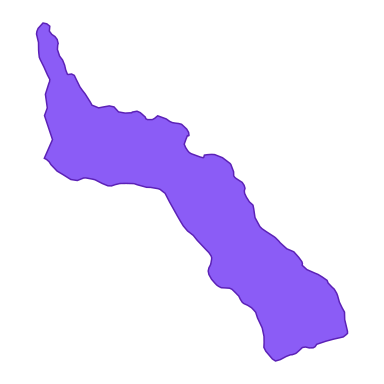 outline of Agion Oros, Ayion Oros, Greece
{"feature_id": "26713481B40019078264500", "entity_name": "Agion Oros", "entity_type": "district", "adm_level": 2, "iso_a3": "GRC", "parent_name": "Greece", "parent_adm1": "Ayion Oros", "projection": "albers", "projection_center": [24.188, 40.281], "detail": "fine", "context": "isolated", "style": "filled", "palette": "violet", "viewbox_px": 384, "rotation_deg": 0, "n_neighbors": 0, "source": "geoboundaries", "source_scale": "gbopen_adm2", "svg_char_len": 2887}
<svg xmlns="http://www.w3.org/2000/svg" viewBox="0 0 384 384"><path d="M44.3,158.3L46.6,159.5L49.1,161.7L51.0,164.7L57.1,171.1L63.0,174.6L67.6,177.5L70.8,179.5L77.3,180.5L80.6,179.2L83.6,178.0L85.8,177.9L92.8,179.2L95.1,179.8L102.3,183.5L107.9,185.8L111.5,185.9L115.3,184.6L119.9,183.5L126.4,183.4L133.5,183.6L134.7,183.8L137.1,184.7L146.6,187.3L150.6,187.4L158.2,188.7L160.1,189.4L162.5,191.3L165.1,193.3L169.6,202.0L171.9,206.1L177.2,215.6L180.9,222.0L183.3,225.9L187.5,230.9L193.3,235.4L197.2,240.3L200.6,243.9L205.5,249.1L208.9,252.6L211.1,255.9L211.7,257.8L211.6,259.3L211.0,262.9L210.5,264.8L208.9,267.9L208.2,271.0L208.9,274.5L210.4,277.2L211.5,279.2L214.7,282.9L216.7,285.0L218.5,286.3L221.2,287.7L225.0,287.9L229.6,288.2L232.0,289.3L236.0,293.2L237.5,294.8L238.7,295.9L240.4,299.4L242.2,302.2L243.6,303.4L244.8,304.0L247.5,305.2L251.5,307.7L253.8,310.1L255.7,312.3L257.5,317.9L262.2,327.9L264.0,336.4L264.1,342.5L263.9,347.4L265.8,351.2L272.4,359.0L275.5,361.0L280.3,359.6L286.1,356.5L290.4,354.8L292.2,354.7L295.1,353.7L296.3,353.1L299.1,350.6L302.4,347.5L305.5,347.0L309.2,347.9L313.2,347.8L315.1,346.7L316.7,344.3L325.9,341.2L333.7,339.1L342.1,337.2L343.3,336.9L346.0,334.8L347.5,333.4L347.5,331.4L346.3,326.3L344.7,319.6L344.5,312.1L342.1,307.8L339.4,302.2L337.6,295.7L336.7,293.3L334.2,289.1L332.0,287.1L328.1,283.0L327.1,280.4L322.4,277.1L318.0,274.4L314.8,273.1L306.9,269.6L302.2,265.3L302.4,263.5L301.9,261.7L298.7,257.3L293.8,251.8L291.3,250.7L286.8,248.8L283.7,246.0L280.0,242.6L278.9,241.2L275.4,237.7L273.8,236.5L266.2,231.6L262.0,228.7L259.9,226.6L255.0,217.6L253.7,208.7L253.0,205.2L252.2,204.4L249.4,201.9L246.4,197.2L244.6,193.4L244.3,190.9L245.0,188.3L244.1,185.3L242.2,182.4L236.0,178.4L234.7,177.3L233.7,175.8L233.6,171.8L230.9,164.6L230.1,163.5L222.5,157.7L214.7,154.6L211.8,154.4L209.7,154.5L207.1,154.7L204.4,155.1L203.7,157.4L203.1,157.7L200.5,157.1L191.2,153.7L189.2,152.5L187.5,150.5L185.6,147.5L184.2,144.2L185.9,139.4L187.4,135.7L188.0,135.9L188.7,135.7L189.0,135.3L188.6,132.4L186.7,129.1L181.8,124.5L181.3,124.2L178.6,123.5L175.2,123.1L172.3,122.6L169.7,121.4L166.2,118.9L157.7,115.8L156.1,117.1L154.7,118.3L152.8,119.4L152.0,119.6L147.5,119.6L145.8,118.7L145.3,117.1L142.1,114.2L140.2,112.6L137.0,111.2L132.2,112.1L131.7,112.8L130.6,112.8L125.2,113.1L118.5,111.9L114.0,106.9L109.3,105.9L103.1,107.0L99.5,107.7L98.7,107.9L94.1,106.0L92.0,105.2L90.2,101.9L85.2,94.0L82.1,90.0L79.9,86.9L78.1,83.2L76.5,80.0L74.3,75.4L71.6,74.0L68.1,74.5L67.4,74.2L65.7,69.9L64.6,65.1L62.6,60.1L59.6,56.1L57.4,49.5L57.7,45.1L58.2,43.4L57.9,42.5L57.2,39.5L55.0,36.6L51.8,34.4L49.4,31.2L49.4,30.6L49.8,26.2L46.8,23.8L43.0,23.0L38.1,28.4L36.9,31.4L36.5,34.0L38.5,42.5L38.6,50.3L38.8,52.9L39.3,57.3L40.2,59.5L43.8,66.7L47.5,75.0L49.8,79.4L49.5,82.0L49.0,83.0L45.4,94.3L47.3,107.9L44.5,115.6L52.5,139.6L44.3,158.3Z" fill="#8b5cf6" stroke="#5b21b6" stroke-width="1.5"/></svg>